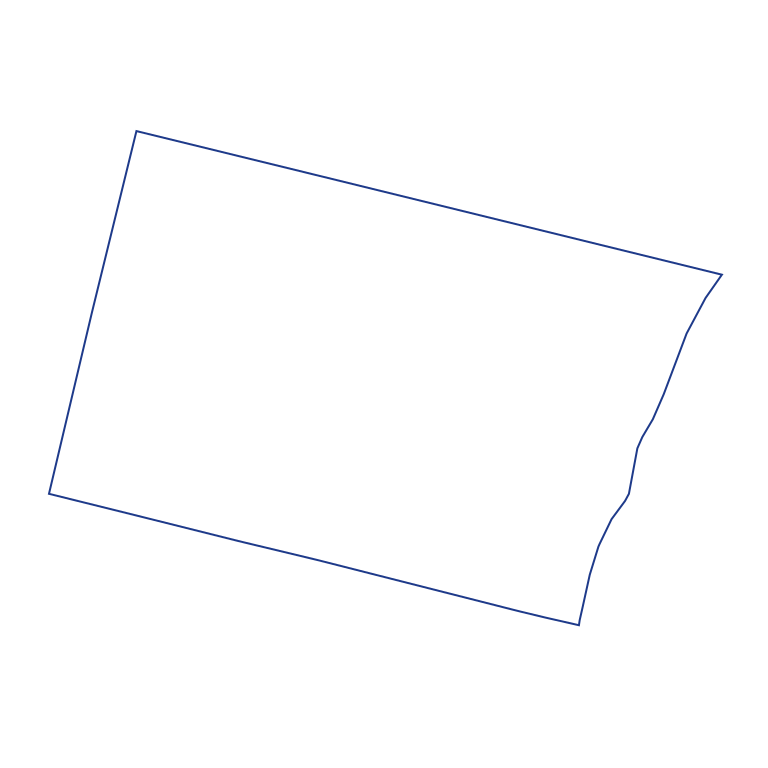 Allegan, Michigan, United States of America (Equal Earth projection), rotated 194°
{"feature_id": "52423323B90348068840522", "entity_name": "Allegan", "entity_type": "district", "adm_level": 2, "iso_a3": "USA", "parent_name": "United States of America", "parent_adm1": "Michigan", "projection": "equal_earth", "projection_center": [-86.049, 42.594], "detail": "fine", "context": "isolated", "style": "outline", "palette": "blue", "viewbox_px": 768, "rotation_deg": 194, "n_neighbors": 0, "source": "geoboundaries", "source_scale": "gbopen_adm2", "svg_char_len": 488}
<svg xmlns="http://www.w3.org/2000/svg" viewBox="0 0 768 768"><g transform="rotate(194 384 384)"><path d="M682.5,196.4L585.6,196.5L487.5,196.4L406.4,197.1L204.2,196.2L195.6,196.2L171.3,196.4L136.5,197.1L137.0,202.2L137.3,216.0L138.2,248.8L136.6,278.2L136.1,281.0L130.5,307.9L121.8,328.9L119.8,336.7L122.6,382.9L120.5,395.1L114.6,414.9L110.1,441.8L102.6,506.2L92.8,545.3L82.6,571.8L502.7,570.3L685.4,569.5L684.7,382.8L682.5,196.4Z" fill="none" stroke="#1e3a8a" stroke-width="2"/></g></svg>